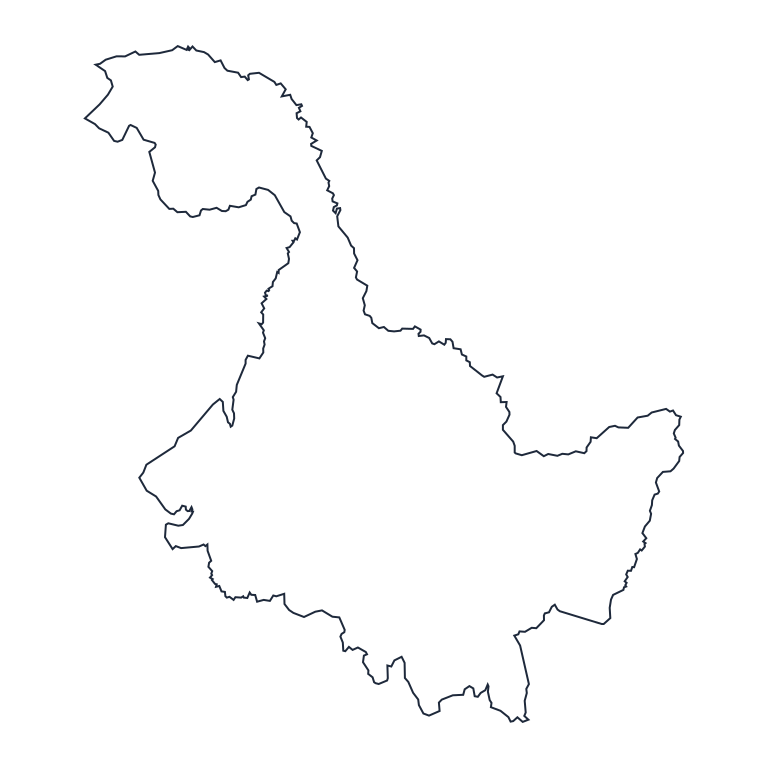 Heilongjiang, Mercator projection
{"feature_id": "CHN-1839", "entity_name": "Heilongjiang", "entity_type": "Province", "adm_level": 1, "iso_a3": "CHN", "parent_name": "China", "parent_adm1": "", "projection": "mercator", "projection_center": [127.281, 48.501], "detail": "fine", "context": "isolated", "style": "outline", "palette": "slate", "viewbox_px": 768, "rotation_deg": 0, "n_neighbors": 0, "source": "natural_earth", "source_scale": "10m", "svg_char_len": 6078}
<svg xmlns="http://www.w3.org/2000/svg" viewBox="0 0 768 768"><path d="M177.7,46.1L186.6,49.9L188.1,46.6L189.5,48.2L188.3,49.7L189.3,50.2L192.5,46.5L196.3,50.5L204.0,52.1L208.1,54.5L214.8,62.1L220.6,60.4L224.5,68.0L227.4,70.7L238.1,72.7L241.1,77.1L244.7,76.6L247.7,80.1L248.9,79.4L248.2,75.3L249.9,73.8L259.0,72.8L274.4,81.9L276.3,84.9L280.7,83.4L285.7,89.3L281.8,96.4L290.2,94.8L291.6,99.0L296.4,105.1L301.3,104.3L302.0,105.9L298.9,107.8L300.4,111.3L296.6,113.2L297.0,118.0L298.6,119.5L301.0,117.5L306.7,121.9L306.2,126.7L309.5,126.9L312.8,133.2L311.3,137.5L316.7,140.5L311.1,143.9L311.3,145.9L321.8,150.9L320.0,157.2L316.7,160.4L325.9,178.6L329.3,180.9L328.5,182.6L329.2,186.1L327.2,190.3L332.9,193.3L333.9,195.1L332.2,198.6L332.6,201.4L337.4,203.4L336.9,205.4L333.8,207.1L333.0,210.6L335.6,213.2L336.9,208.6L340.1,208.1L340.4,210.1L337.2,216.3L338.4,226.4L347.7,237.6L351.1,245.6L354.0,248.2L354.1,253.5L357.5,260.2L354.1,267.9L357.1,271.5L355.9,277.4L357.0,279.5L367.3,285.7L366.4,291.1L362.8,298.2L364.8,305.3L363.6,310.6L365.0,314.3L369.7,315.9L371.3,317.8L372.3,323.1L378.9,328.2L383.9,327.0L388.3,330.8L394.1,331.4L400.5,330.7L402.2,328.6L413.0,328.9L414.9,326.4L420.6,329.6L420.5,331.8L418.5,333.8L418.8,336.0L424.0,335.4L429.2,338.0L432.2,343.4L434.4,344.2L438.9,341.4L444.3,344.7L445.7,342.8L446.0,339.1L450.4,339.3L452.5,341.8L453.6,348.2L460.6,349.3L461.9,354.5L466.3,356.5L466.3,360.4L469.8,362.2L470.0,366.0L482.1,375.5L484.2,376.8L492.6,374.6L497.1,377.5L502.9,376.3L496.6,393.3L500.5,397.0L500.8,402.2L506.6,402.0L506.0,406.9L509.4,412.0L509.5,414.7L506.4,421.6L502.9,425.1L502.9,429.8L513.2,441.6L514.7,445.8L514.7,452.5L515.7,453.4L521.8,455.2L536.6,451.0L543.8,456.2L548.2,454.0L557.4,455.8L562.3,453.8L568.3,454.4L575.8,451.3L584.3,453.2L586.5,451.1L586.6,447.5L590.6,441.8L590.9,437.3L596.7,438.2L609.2,427.0L615.0,425.8L618.4,427.4L628.2,427.8L637.6,417.5L647.7,415.7L651.7,412.5L666.1,408.9L669.9,411.6L673.0,410.5L676.0,415.2L680.8,416.7L679.4,419.6L679.2,425.1L674.9,430.0L673.8,433.4L675.6,437.7L675.0,438.9L678.1,441.5L678.9,445.6L683.0,451.0L683.1,453.0L679.6,457.0L679.2,461.0L673.6,468.6L670.5,471.3L662.9,471.9L657.2,478.0L655.9,482.5L659.2,491.5L657.8,493.6L654.6,494.6L652.2,500.3L651.9,505.1L649.9,510.8L651.1,513.8L649.8,520.7L644.9,526.5L642.4,533.1L646.3,538.2L643.2,541.5L645.5,543.1L644.5,543.9L644.9,546.6L641.7,550.5L640.1,549.4L637.8,552.9L635.4,554.0L636.9,559.0L634.1,567.2L632.3,567.0L631.0,570.8L627.8,570.7L626.2,574.4L627.7,577.0L624.7,581.3L626.6,582.8L625.3,585.2L626.2,586.5L624.0,587.3L623.4,589.9L613.1,594.9L611.0,599.6L609.7,607.8L610.3,618.1L603.7,624.0L601.7,624.0L559.8,611.2L557.5,609.5L554.8,604.7L551.8,606.8L549.0,612.3L544.8,613.4L543.9,615.5L544.0,620.2L536.3,628.2L531.7,627.8L525.0,631.8L519.5,631.4L518.3,634.3L514.3,635.6L520.1,645.5L528.9,684.1L526.3,688.9L526.8,693.0L524.7,700.8L525.7,712.5L524.3,715.9L528.4,719.7L522.7,721.9L517.4,717.3L513.2,721.1L510.6,721.6L508.4,717.1L500.5,710.8L490.9,707.2L491.5,702.9L489.7,700.1L487.9,691.8L488.5,686.3L487.7,684.5L485.3,690.2L480.7,692.9L477.8,696.8L474.7,696.2L473.3,688.4L469.4,686.1L464.7,689.3L463.2,694.8L452.8,695.3L441.8,699.6L438.9,702.6L439.6,711.0L429.0,715.6L423.4,713.5L418.9,705.1L418.2,699.5L413.1,692.8L408.3,681.9L404.9,678.0L404.6,662.8L401.6,656.8L394.4,660.4L391.3,666.5L387.4,665.5L387.8,678.2L387.1,680.5L378.7,684.0L375.6,683.2L374.1,682.2L372.6,677.3L368.2,673.9L368.4,670.4L363.0,662.2L363.9,655.6L367.0,654.3L365.8,652.0L357.9,647.5L352.6,649.9L348.9,646.9L345.3,651.2L343.3,650.7L342.8,642.5L340.4,636.6L341.6,633.9L344.3,632.2L344.7,629.9L339.3,617.4L332.4,616.7L322.0,610.4L315.3,611.7L304.0,617.0L293.4,612.9L289.1,610.0L284.5,604.0L284.2,593.8L276.3,596.3L273.3,595.5L269.9,600.9L263.7,599.9L257.1,601.7L255.2,595.0L251.3,594.8L249.7,592.5L247.3,598.0L243.8,597.6L243.2,596.3L241.2,597.6L235.4,597.2L233.6,599.9L229.5,596.8L226.8,597.6L225.4,596.2L224.9,591.9L221.5,591.4L219.3,586.0L216.0,586.8L216.7,584.3L215.0,583.9L211.9,580.0L212.7,579.1L210.0,577.6L212.1,575.1L211.3,573.7L212.2,571.1L208.4,566.8L209.1,562.7L211.2,560.8L207.6,550.8L207.4,544.5L205.4,546.1L203.6,544.5L199.0,546.5L181.1,548.1L175.8,546.1L172.6,549.1L165.0,537.2L165.9,524.7L168.3,523.3L178.3,525.7L182.9,525.0L189.0,518.9L192.2,513.6L193.0,511.6L191.6,511.4L192.4,509.4L191.5,507.1L189.3,511.0L187.6,511.1L185.9,509.6L185.7,506.6L182.2,505.7L179.6,510.3L176.6,511.2L174.0,514.3L170.9,513.6L165.3,509.4L156.1,496.5L146.7,490.7L139.3,477.7L143.3,472.6L146.4,464.7L174.6,446.3L178.1,437.9L190.9,430.5L212.9,404.5L219.7,399.0L222.8,401.9L223.4,410.9L226.7,416.7L228.0,422.3L229.9,423.8L230.7,426.7L232.3,425.6L234.2,418.5L234.0,413.3L232.3,409.7L233.6,399.7L232.8,397.1L236.1,391.8L236.8,384.9L245.6,363.6L245.6,359.9L247.9,355.7L259.4,358.4L263.3,352.5L263.2,348.5L264.6,344.6L264.0,341.4L265.2,338.2L263.0,332.7L263.8,330.3L258.9,323.4L261.7,324.2L263.1,322.6L263.2,314.5L261.2,312.3L264.2,308.4L261.6,303.3L266.4,299.0L264.1,296.5L267.9,295.7L265.8,295.2L265.0,292.7L266.7,290.6L268.5,291.1L269.2,290.1L268.5,288.7L272.5,286.2L272.9,282.0L275.7,278.4L277.2,272.0L278.6,272.9L278.7,270.0L288.3,263.2L289.0,258.9L287.8,253.4L289.0,252.0L286.6,248.0L289.6,247.1L293.5,242.3L292.6,240.8L294.1,240.8L295.3,238.3L297.0,239.5L299.9,232.2L296.7,223.5L294.1,223.1L291.7,220.7L290.5,216.4L284.3,212.1L274.8,195.2L268.1,189.9L259.0,187.5L256.4,189.0L255.4,194.6L251.6,196.2L250.8,199.6L247.5,201.8L245.9,205.1L238.7,207.3L229.9,205.8L228.4,209.7L225.7,211.2L221.9,211.0L216.6,207.8L209.6,209.7L202.8,209.0L201.0,210.5L199.5,215.3L192.8,217.0L190.2,216.4L185.9,211.8L177.4,212.2L173.3,208.7L169.3,208.9L160.4,199.4L158.4,195.0L158.2,190.9L152.7,180.8L155.0,172.6L149.3,151.9L155.0,147.3L155.7,144.6L154.6,142.9L143.6,139.7L136.7,127.9L130.6,125.0L129.1,125.8L122.3,139.9L117.6,141.7L114.1,140.9L108.4,132.7L99.1,128.3L95.0,124.1L84.9,118.4L99.6,104.4L107.9,94.7L112.7,86.6L110.9,80.4L107.3,77.9L105.1,71.1L95.7,64.7L100.0,63.8L105.7,59.7L116.6,56.3L125.1,56.4L135.4,51.5L139.2,54.8L159.3,53.1L172.2,50.2L177.7,46.1Z" fill="none" stroke="#1e293b" stroke-width="2"/></svg>